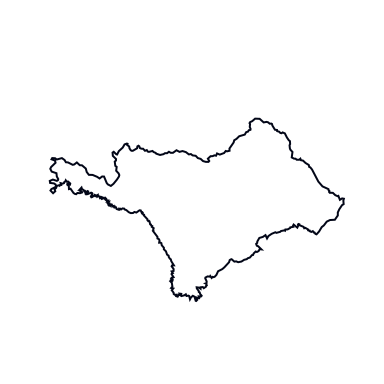 Lebríja, Santander, Colombia (orthographic projection), rotated 300°
{"feature_id": "7082276B58843088778995", "entity_name": "Lebríja", "entity_type": "district", "adm_level": 2, "iso_a3": "COL", "parent_name": "Colombia", "parent_adm1": "Santander", "projection": "orthographic", "projection_center": [-73.316, 7.235], "detail": "fine", "context": "isolated", "style": "outline", "palette": "ink", "viewbox_px": 384, "rotation_deg": 300, "n_neighbors": 0, "source": "geoboundaries", "source_scale": "gbopen_adm2", "svg_char_len": 6067}
<svg xmlns="http://www.w3.org/2000/svg" viewBox="0 0 384 384"><g transform="rotate(300 192 192)"><path d="M287.1,210.0L283.4,208.7L281.6,207.4L280.4,207.4L279.9,208.3L277.2,209.5L275.9,211.2L275.0,211.5L273.9,210.3L272.3,210.3L270.9,209.0L268.1,209.0L263.9,205.0L260.3,204.0L257.9,202.7L255.7,203.3L248.4,202.7L246.5,203.9L244.7,202.0L244.4,200.7L241.8,200.3L238.3,197.4L237.9,194.4L235.5,194.7L234.9,193.0L233.4,192.0L232.3,190.2L228.8,189.1L227.5,191.4L226.3,191.2L225.0,188.9L224.3,186.1L225.0,182.9L224.3,180.1L225.2,177.1L224.0,174.2L224.3,172.1L223.0,170.5L223.5,166.8L222.7,163.3L220.5,161.1L220.4,157.7L216.4,155.9L215.3,154.0L215.3,151.9L213.1,151.0L212.1,149.2L210.5,148.4L208.1,145.8L207.3,141.8L207.7,141.0L207.4,138.7L207.8,137.3L205.2,134.6L204.9,133.4L205.7,131.9L204.2,130.7L205.0,128.0L204.2,126.5L204.0,124.9L205.2,123.5L205.3,122.5L204.2,121.9L202.4,122.6L198.2,120.2L197.6,119.4L197.5,118.1L198.5,116.1L200.0,114.8L200.3,112.4L201.5,112.1L201.4,111.4L199.5,109.8L195.8,109.8L190.8,108.2L187.0,108.4L186.8,107.5L187.7,104.1L186.4,103.5L183.7,105.4L182.6,109.7L181.2,110.4L179.7,109.9L176.3,112.5L176.1,114.2L172.5,115.7L171.4,119.2L170.3,120.6L168.8,121.0L165.3,120.8L159.8,119.9L156.7,118.7L156.5,115.4L157.1,113.7L161.4,108.1L160.5,106.4L157.5,105.2L157.7,102.2L157.1,97.4L155.3,94.1L156.7,90.8L159.2,88.3L160.1,83.4L159.1,81.4L160.0,77.5L156.9,76.2L155.9,75.1L155.6,69.8L154.7,67.9L156.0,65.6L156.3,62.4L152.5,58.6L152.8,56.6L151.5,54.0L150.1,54.0L150.7,57.6L149.1,59.2L143.2,57.5L141.2,57.7L139.5,60.3L140.5,65.2L137.8,67.2L136.3,69.7L135.1,70.0L134.1,69.4L133.2,65.3L130.5,63.3L128.9,64.6L130.4,68.1L130.3,70.1L129.5,71.1L127.9,71.2L124.3,68.8L122.5,68.7L121.5,72.3L124.3,73.2L125.5,71.7L127.6,72.3L129.6,71.8L131.2,73.3L131.2,74.2L132.2,74.2L132.7,75.1L134.0,73.8L134.5,75.8L135.7,76.7L136.5,76.4L137.7,77.0L139.0,76.8L138.3,78.4L139.1,79.4L138.5,82.3L137.6,82.6L137.5,80.5L136.4,80.0L136.0,80.5L136.8,80.8L136.7,81.6L133.0,84.0L134.1,85.2L131.9,89.9L131.8,91.5L132.2,92.8L133.8,93.2L135.0,95.6L136.6,97.0L137.0,96.8L137.0,94.4L138.6,94.6L137.8,93.5L140.6,94.1L139.2,95.6L139.6,96.8L138.7,98.4L139.5,98.7L139.4,99.3L137.2,100.7L137.0,101.4L137.7,102.3L139.1,100.5L140.6,101.1L140.6,101.8L139.5,102.0L138.6,103.1L141.0,105.0L141.1,106.1L140.7,106.5L137.5,106.7L137.1,107.5L137.9,108.2L139.2,107.5L138.8,108.5L140.1,109.4L140.8,109.1L141.0,110.4L140.2,109.7L140.0,110.3L141.7,111.4L140.9,111.5L140.4,112.2L142.0,112.9L141.5,113.8L141.8,114.7L140.9,115.3L141.4,115.6L140.9,117.0L141.9,117.2L141.5,117.9L142.1,118.4L142.6,117.5L142.8,118.9L142.3,120.3L143.5,120.0L143.2,121.2L142.0,122.4L142.6,123.5L141.2,123.4L142.1,124.8L140.7,124.6L140.8,125.5L140.1,125.2L140.1,125.8L139.1,125.9L138.7,126.8L139.0,127.6L140.1,127.2L139.7,128.1L140.6,127.6L141.1,128.7L140.0,130.4L140.8,131.2L140.1,131.6L140.7,132.4L139.9,132.8L140.7,133.9L139.6,135.2L140.0,137.3L140.9,137.2L140.7,138.1L141.6,138.2L141.5,139.3L143.0,140.0L143.7,141.6L143.2,142.5L143.5,144.2L142.9,147.3L143.1,149.5L144.3,151.4L145.9,152.1L146.4,154.1L149.9,155.7L150.4,156.8L149.2,158.4L149.7,159.0L149.4,159.7L148.4,159.7L148.3,161.8L147.7,161.9L146.1,167.1L145.3,167.5L144.9,168.7L145.5,169.2L145.3,169.9L143.1,171.9L143.3,172.7L142.6,173.4L142.6,174.6L141.7,174.7L141.5,176.9L140.2,177.1L139.5,177.8L138.8,177.6L135.9,184.5L134.5,185.3L134.6,187.0L133.8,188.1L131.7,188.9L132.4,190.0L132.4,191.0L130.7,192.5L129.7,195.5L128.3,196.3L127.6,199.1L125.3,201.7L125.2,203.5L124.1,204.4L123.2,206.1L123.1,207.3L121.7,208.7L119.4,213.0L118.5,211.5L117.5,211.5L116.1,214.6L114.4,215.5L113.1,214.1L112.2,215.9L111.6,215.3L110.7,215.3L109.0,218.6L107.5,217.2L106.4,217.2L106.6,219.0L105.4,219.5L104.6,219.3L104.7,218.0L103.9,217.7L103.2,220.0L100.3,222.3L98.5,222.0L99.1,224.0L96.8,223.6L95.6,226.4L94.5,227.2L94.4,228.5L95.3,229.9L93.1,230.4L94.8,230.7L94.4,231.9L96.1,231.9L96.7,233.0L97.7,231.9L98.4,233.6L96.7,234.1L96.6,234.9L98.7,237.0L100.3,237.8L99.2,239.2L100.5,240.8L100.5,241.6L98.1,243.9L100.1,243.8L102.5,244.6L102.6,246.5L99.6,249.6L99.7,250.1L101.3,250.5L102.9,248.7L103.6,251.3L104.3,251.3L105.1,250.1L106.3,252.2L107.0,252.2L107.8,249.9L108.9,248.9L108.8,247.9L109.7,247.2L110.9,244.4L111.8,243.7L112.7,245.9L112.5,247.8L113.8,247.1L115.1,248.9L114.6,250.3L116.9,251.4L117.6,251.1L118.5,251.5L119.5,250.4L119.5,249.5L120.2,250.2L121.9,249.4L123.9,246.6L124.6,246.4L126.7,247.7L127.6,249.8L128.4,249.8L127.4,252.0L128.8,252.3L129.0,253.2L129.9,254.0L132.4,254.6L136.4,254.2L140.4,256.8L143.0,257.7L149.7,259.2L151.9,258.7L153.0,259.3L153.6,259.9L152.9,263.5L154.0,264.9L154.3,267.1L156.5,269.6L159.4,271.1L161.2,273.0L162.5,273.4L164.2,274.9L167.3,275.5L168.1,276.4L169.5,276.1L172.3,276.9L172.5,278.2L174.1,279.2L176.3,279.2L177.0,280.8L178.1,276.4L177.9,275.0L179.1,273.5L180.5,273.9L181.8,273.3L185.9,273.3L188.5,275.8L191.4,277.2L189.3,280.2L192.1,280.2L195.6,281.9L198.8,284.3L198.8,285.5L201.6,288.3L202.7,288.6L205.0,291.2L205.0,291.9L206.2,291.6L207.4,293.5L209.9,295.0L210.5,294.8L212.4,297.0L212.7,296.4L214.6,296.3L213.8,301.0L216.0,300.8L216.9,300.0L217.6,300.3L217.7,301.2L217.0,301.7L217.6,306.1L216.7,307.3L217.6,308.1L217.6,311.3L216.9,311.7L217.4,313.2L216.9,313.5L217.1,315.3L218.5,316.2L217.8,317.8L218.2,318.3L217.4,319.9L217.6,321.0L221.3,321.8L226.5,321.9L229.0,322.9L233.7,323.5L236.7,325.5L239.4,329.6L244.6,330.0L247.2,328.5L250.7,328.2L255.6,328.5L257.3,329.4L260.2,327.4L262.1,326.9L261.5,325.2L259.2,324.0L261.8,320.7L261.2,320.3L260.9,317.7L261.7,314.4L260.2,311.7L260.6,310.7L261.5,310.6L261.8,309.5L262.7,308.7L262.1,302.2L264.2,296.2L271.5,284.7L272.5,282.1L272.3,281.0L273.8,279.6L273.9,275.8L274.7,272.5L274.0,270.4L275.0,269.2L273.5,268.7L272.3,266.6L272.6,265.0L271.9,263.7L271.8,261.1L276.9,259.0L277.9,255.9L278.8,254.9L281.3,253.1L282.6,253.0L285.0,251.4L285.2,250.0L286.7,246.9L289.2,243.1L288.9,240.7L287.7,240.2L287.3,239.0L287.8,237.4L287.3,235.3L288.2,234.6L287.4,232.7L289.8,228.3L290.9,227.3L290.9,226.4L290.0,225.2L290.4,223.1L290.0,221.5L288.1,219.3L289.2,214.0L287.1,210.0Z" fill="none" stroke="#020617" stroke-width="2"/></g></svg>